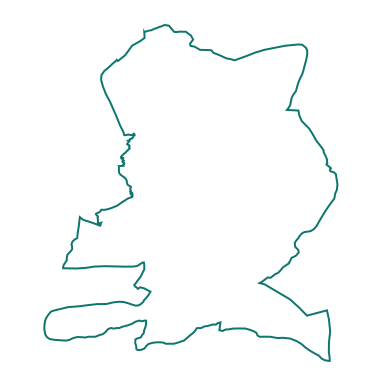 outline of Mbeya Urban, Mbeya, United Republic of Tanzania, rotated 91°
{"feature_id": "72390352B25057310038558", "entity_name": "Mbeya Urban", "entity_type": "district", "adm_level": 2, "iso_a3": "TZA", "parent_name": "United Republic of Tanzania", "parent_adm1": "Mbeya", "projection": "equal_earth", "projection_center": [33.492, -8.905], "detail": "fine", "context": "isolated", "style": "outline", "palette": "teal", "viewbox_px": 384, "rotation_deg": 91, "n_neighbors": 0, "source": "geoboundaries", "source_scale": "gbopen_adm2", "svg_char_len": 5948}
<svg xmlns="http://www.w3.org/2000/svg" viewBox="0 0 384 384"><g transform="rotate(91 192 192)"><path d="M308.0,55.0L313.6,74.9L305.8,82.8L297.6,92.2L283.0,117.9L281.9,122.8L280.3,120.1L276.2,115.0L276.3,111.7L274.7,109.9L272.6,107.2L271.3,104.4L268.3,101.7L265.7,99.7L262.7,95.4L262.4,94.7L261.7,94.4L261.6,93.9L261.2,93.5L260.6,93.5L260.6,93.4L256.1,91.3L254.0,87.1L250.7,84.3L248.2,84.7L244.9,87.9L241.1,88.4L238.5,86.8L236.3,84.9L233.7,83.4L231.3,81.1L230.1,78.8L229.1,72.8L227.0,69.5L223.9,66.9L217.1,63.2L209.1,58.6L201.0,53.2L196.1,49.6L191.1,48.8L187.4,47.2L181.8,46.7L173.3,48.2L171.9,48.3L170.2,50.0L169.5,51.2L169.0,53.7L168.6,54.2L167.8,54.5L166.9,54.4L166.3,53.8L166.1,53.5L165.4,53.8L162.2,58.1L161.7,58.0L161.1,57.6L160.7,57.2L159.0,57.6L157.6,57.4L154.2,58.8L149.5,61.2L148.3,61.0L145.3,63.1L138.5,68.6L131.2,72.9L126.5,76.0L119.2,83.5L116.0,85.0L113.0,86.2L108.7,87.0L108.3,98.5L106.5,97.1L103.5,95.4L96.2,94.0L93.1,92.5L89.4,89.9L81.1,87.7L76.7,86.0L72.4,83.9L69.3,82.9L63.7,81.6L57.8,80.1L52.6,79.2L48.4,79.3L45.6,80.8L42.8,84.5L42.6,88.0L44.1,101.2L48.6,122.2L51.7,131.8L54.8,139.1L59.6,151.7L58.5,155.5L57.7,160.2L54.7,166.9L52.5,173.0L49.9,175.2L49.7,186.6L46.6,192.0L46.0,196.0L43.6,196.5L39.6,193.5L35.7,195.7L31.9,200.9L31.9,208.1L32.3,209.1L32.3,212.4L29.4,215.2L26.1,217.9L25.6,221.3L25.6,222.5L27.0,225.8L27.8,228.3L28.9,230.4L29.4,232.3L31.0,235.6L31.6,238.8L32.9,242.2L32.5,242.5L38.8,242.1L42.2,246.7L46.7,254.4L56.4,261.2L62.3,268.3L61.2,269.6L62.0,270.1L65.5,274.1L68.3,276.8L72.3,281.6L76.7,284.6L81.6,284.8L87.7,283.0L95.2,280.0L103.3,275.5L117.0,269.2L126.9,265.0L132.7,261.9L136.3,260.7L136.3,259.4L135.9,257.6L135.7,256.4L135.8,255.4L136.2,254.2L136.1,252.8L135.7,252.2L134.7,251.3L135.2,250.6L136.3,250.4L136.8,251.4L138.7,252.1L139.0,252.3L139.4,253.2L139.6,253.2L140.0,254.6L140.8,255.2L141.0,255.0L141.2,255.3L141.4,255.9L141.6,255.4L142.4,255.5L142.5,255.8L142.5,256.2L142.8,255.9L143.9,256.9L145.2,257.7L145.7,257.4L146.4,255.7L146.9,255.2L147.5,255.3L148.2,255.7L148.6,255.6L149.0,255.2L149.5,255.1L150.0,255.4L150.7,256.5L151.4,256.8L152.0,257.4L152.4,258.2L152.9,258.5L153.3,258.6L154.2,259.7L154.5,260.3L157.9,263.5L158.8,263.6L159.6,263.3L159.7,262.8L159.3,262.4L159.1,261.8L159.2,261.4L160.4,261.5L161.0,262.1L161.5,262.0L161.9,260.8L162.3,261.0L162.7,261.8L163.2,262.0L163.5,261.6L164.0,260.5L164.8,260.2L165.5,260.4L165.8,261.2L167.0,260.9L167.4,265.7L168.5,265.5L171.3,265.5L173.7,265.2L174.9,264.7L176.1,263.6L179.0,259.4L179.8,258.6L181.1,257.8L181.9,257.5L183.9,257.2L185.2,256.8L186.4,255.9L186.6,255.6L187.1,254.1L187.7,253.4L188.1,253.1L188.3,253.4L188.9,253.4L189.1,253.7L189.3,253.8L190.9,253.6L191.2,253.4L191.3,253.4L191.6,253.7L191.8,253.7L192.0,253.4L192.5,253.8L192.8,253.8L193.0,253.6L193.0,253.0L193.1,252.8L193.3,252.8L193.6,253.1L193.9,253.1L194.0,251.8L194.3,251.6L194.6,252.0L194.8,252.2L195.0,252.8L195.7,251.6L195.8,251.5L196.0,251.7L196.2,252.1L196.2,252.4L196.3,252.4L196.6,252.3L196.6,252.0L197.0,251.8L197.2,251.5L197.4,251.4L197.7,251.8L198.2,251.9L198.7,253.7L199.6,255.8L200.4,257.3L201.1,258.1L203.7,262.2L206.7,266.1L207.4,267.5L209.2,271.7L210.1,274.1L210.2,274.3L211.1,277.8L211.4,279.8L211.3,282.4L211.7,282.7L212.3,282.9L213.5,283.9L214.3,285.4L214.4,285.8L215.6,287.7L216.7,287.1L218.1,285.6L218.4,285.5L218.7,285.7L219.6,286.0L221.2,285.6L223.8,285.5L224.6,285.6L225.3,285.1L225.3,284.8L224.7,283.7L224.4,282.4L224.7,282.6L225.3,282.8L226.0,282.7L227.3,283.2L224.4,291.4L221.7,300.4L219.1,303.7L228.1,304.6L235.1,305.6L236.5,305.6L240.1,306.0L241.9,308.9L243.9,310.8L246.5,311.6L248.5,311.0L251.3,310.8L253.6,312.5L255.2,314.0L257.3,315.6L260.0,316.0L262.7,316.1L267.0,318.9L268.9,319.5L270.5,319.5L270.5,306.2L269.7,296.7L268.3,288.6L267.7,277.7L267.8,257.7L267.6,250.4L267.2,246.7L266.4,244.5L265.0,242.7L263.3,239.8L263.3,238.9L265.6,238.5L270.0,238.3L277.9,242.1L281.5,244.8L284.1,246.5L285.9,248.1L287.5,247.2L288.7,245.4L289.8,244.4L288.2,242.2L289.1,238.3L292.4,231.8L296.4,234.1L298.8,236.0L300.9,238.0L302.6,238.7L305.0,241.2L306.4,243.7L306.6,246.4L305.7,249.8L304.2,254.4L303.2,258.3L303.0,262.7L303.8,269.1L305.5,275.8L305.7,284.6L307.3,296.7L308.1,301.8L309.3,314.0L312.9,327.8L314.1,331.0L317.9,334.0L320.8,335.7L323.8,336.7L327.8,337.2L331.6,337.3L337.3,336.1L339.8,334.3L341.4,331.9L342.1,328.0L342.7,318.3L342.7,315.1L341.9,311.7L340.6,309.3L339.8,307.2L339.0,304.0L339.1,299.4L339.4,296.4L338.5,293.1L338.5,289.7L338.4,286.1L337.4,283.6L336.5,281.8L336.0,279.6L335.1,277.9L333.1,275.6L330.9,273.9L329.7,271.7L329.4,270.4L329.9,268.5L329.8,267.4L329.7,266.4L329.4,265.3L329.3,265.1L329.4,262.6L328.0,259.5L326.6,254.4L325.0,250.0L322.7,246.3L321.6,242.9L321.6,241.5L322.0,240.8L322.1,239.7L321.9,238.6L321.4,237.5L321.4,237.2L321.5,237.0L321.4,236.3L321.4,235.7L322.2,235.5L323.3,235.7L324.3,235.5L327.0,236.0L328.6,236.5L329.3,236.7L330.5,237.2L331.9,237.6L333.3,237.6L334.8,238.4L335.1,238.6L335.4,239.0L336.0,239.5L337.2,240.0L338.1,240.7L338.7,241.5L339.2,243.9L340.4,246.0L343.6,246.2L343.8,246.4L343.7,246.3L346.6,245.2L350.1,244.8L350.9,243.7L350.8,240.4L349.3,236.8L346.7,234.9L344.6,232.7L343.3,228.0L342.8,223.0L343.0,218.4L344.2,215.4L344.0,207.3L342.5,202.4L340.5,197.1L335.4,191.5L332.5,187.9L330.4,186.3L328.1,184.8L328.0,184.3L327.9,182.9L328.0,181.7L327.8,180.5L327.3,179.3L326.3,177.6L325.7,174.4L325.6,173.8L325.5,173.5L325.2,172.2L324.6,170.3L324.0,168.6L324.3,166.9L323.8,165.2L323.1,164.5L322.4,163.7L322.4,162.7L321.9,161.3L329.8,162.2L329.8,161.3L330.1,160.2L330.4,159.7L330.4,158.7L329.6,157.5L328.8,155.6L328.8,153.5L327.8,148.4L327.6,141.8L327.6,136.0L328.8,131.7L330.1,128.0L331.5,125.3L334.4,123.9L335.6,121.7L335.4,117.1L335.4,111.1L336.5,104.2L336.2,98.5L336.8,91.3L339.2,84.9L342.2,79.7L345.2,76.3L348.9,70.8L351.6,65.9L353.4,62.3L356.4,59.3L357.8,56.5L358.5,52.7L358.4,51.3L355.1,51.5L349.5,52.4L342.5,52.4L340.1,52.5L329.0,51.4L316.9,52.9L308.0,55.0Z" fill="none" stroke="#0f766e" stroke-width="2"/></g></svg>